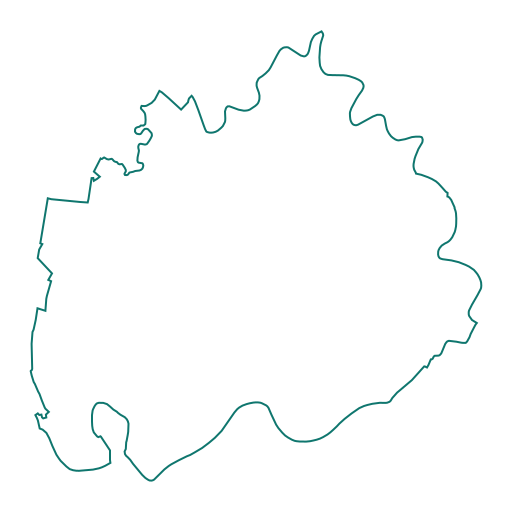 outline of Ninh Giang, Hải Dương, Vietnam
{"feature_id": "81297802B74485828948407", "entity_name": "Ninh Giang", "entity_type": "district", "adm_level": 2, "iso_a3": "VNM", "parent_name": "Vietnam", "parent_adm1": "Hải Dương", "projection": "natural_earth1", "projection_center": [106.333, 20.753], "detail": "fine", "context": "isolated", "style": "outline", "palette": "teal", "viewbox_px": 512, "rotation_deg": 0, "n_neighbors": 0, "source": "geoboundaries", "source_scale": "gbopen_adm2", "svg_char_len": 5983}
<svg xmlns="http://www.w3.org/2000/svg" viewBox="0 0 512 512"><path d="M106.9,159.1L104.2,157.5L103.6,157.7L102.1,158.9L101.4,159.0L100.6,158.5L93.9,171.6L99.8,176.7L97.2,178.8L93.9,180.8L93.3,178.0L91.6,178.1L88.5,199.0L87.7,202.5L80.3,202.0L51.3,199.2L47.8,198.3L40.3,243.3L42.3,244.1L39.2,249.5L37.7,258.1L52.0,273.4L48.3,279.9L51.1,281.2L46.9,295.9L46.3,298.8L45.4,310.8L37.5,308.3L35.7,320.0L33.6,329.6L32.5,332.0L31.6,343.8L32.2,368.9L31.7,370.2L30.8,370.8L30.7,371.2L31.7,375.5L33.7,382.0L34.9,384.0L38.1,391.5L39.5,394.0L41.9,400.6L44.7,407.5L45.4,408.7L48.8,411.9L45.9,414.6L46.3,417.5L43.2,418.4L42.0,417.3L41.4,414.6L39.3,415.0L37.8,413.4L35.4,415.1L36.9,418.0L37.9,420.5L39.7,428.5L42.6,429.6L46.4,432.9L49.3,438.3L52.4,446.0L56.4,454.7L59.0,458.6L60.7,460.9L66.4,466.5L69.7,469.1L73.0,470.2L76.1,470.7L79.0,470.8L93.0,469.6L99.0,468.3L101.9,467.3L105.2,465.8L110.4,462.9L110.0,460.0L110.0,450.4L101.0,436.8L100.5,436.3L98.3,437.1L97.1,436.4L93.8,432.4L92.7,429.2L92.2,425.8L92.0,421.5L92.0,415.1L92.6,410.6L93.0,409.4L94.5,406.3L95.8,404.4L97.1,403.3L98.9,402.8L103.3,402.9L107.0,404.1L110.1,406.6L113.4,409.6L116.8,411.7L118.0,412.9L120.4,414.7L124.8,417.2L126.8,419.3L127.9,421.4L128.5,423.7L128.3,429.0L128.2,431.9L127.7,435.1L126.6,441.0L126.2,442.2L125.8,449.0L124.6,451.5L125.0,454.1L126.1,455.8L127.7,457.2L130.2,459.8L133.0,463.8L142.2,474.9L145.2,477.8L146.6,478.8L148.5,480.0L149.7,480.5L151.6,480.6L152.8,480.3L154.1,479.6L164.4,469.4L168.7,466.0L171.3,464.3L178.9,460.2L186.8,456.3L190.1,455.0L194.7,452.4L202.1,448.0L209.1,442.7L214.9,437.8L221.6,430.9L234.4,412.5L237.2,409.2L239.1,407.6L242.5,405.6L246.6,404.1L249.6,403.3L253.3,402.6L255.5,402.4L257.9,402.4L260.3,402.7L261.8,403.2L266.2,405.4L267.4,406.4L268.5,407.9L271.4,414.6L276.1,424.6L278.4,428.1L282.2,432.6L285.1,435.5L288.0,437.5L291.9,439.7L294.6,440.8L296.5,441.2L299.5,441.5L306.1,441.6L310.1,441.2L313.4,440.5L316.7,439.7L320.0,438.6L323.1,437.1L327.5,434.5L330.4,432.3L333.2,429.8L336.8,426.4L339.4,423.6L344.6,418.9L351.5,413.5L359.3,408.1L364.0,406.0L367.3,405.0L372.3,403.8L379.8,402.8L385.6,402.9L387.2,402.7L389.5,401.8L390.6,400.8L392.4,397.9L397.1,392.6L411.8,380.2L424.2,366.4L424.8,366.4L427.0,367.5L428.4,365.1L430.8,359.4L431.6,359.4L432.7,358.7L433.5,357.0L434.1,356.2L434.6,355.8L438.6,355.6L439.6,355.2L440.1,354.7L441.2,353.5L442.0,351.7L445.2,344.0L446.3,342.4L447.3,341.4L448.6,340.9L449.6,340.9L456.3,341.7L461.3,342.7L463.3,342.9L465.7,342.9L467.1,341.5L469.5,337.2L470.7,333.9L474.1,327.3L475.5,324.7L476.8,323.0L472.0,320.0L469.3,316.2L468.8,314.8L468.7,312.8L468.8,311.5L469.1,310.4L472.0,304.6L477.5,295.1L480.7,289.0L481.1,287.8L481.3,285.7L481.1,282.4L480.4,280.0L479.3,277.4L477.6,274.4L476.3,272.7L473.9,269.9L469.1,266.6L465.6,264.9L458.8,262.2L451.4,260.4L442.6,259.2L440.9,258.7L439.8,258.2L439.1,257.4L438.5,256.3L438.1,254.5L438.2,251.6L438.6,250.1L439.7,248.0L441.7,245.6L444.7,243.6L447.5,242.2L448.9,241.2L450.4,239.7L452.2,237.3L454.7,232.1L455.3,230.0L456.0,226.5L456.2,223.7L456.3,218.4L456.0,213.3L455.6,211.3L454.5,208.0L454.6,207.4L451.2,199.9L449.4,197.6L448.5,196.9L447.4,196.5L447.6,192.9L445.8,191.7L441.0,186.3L438.4,183.5L436.0,181.4L431.9,179.0L427.9,177.2L421.3,174.8L416.0,173.6L415.8,172.7L414.2,169.7L413.7,167.7L413.5,166.0L413.6,163.9L414.6,158.8L415.5,156.1L418.4,149.0L422.2,142.6L422.5,141.5L422.7,139.6L422.0,137.5L421.3,137.0L419.8,136.7L415.5,136.7L411.9,137.1L405.1,139.2L398.6,140.4L397.2,140.2L395.4,139.5L392.7,137.7L391.0,136.2L389.0,133.5L387.8,131.3L386.9,129.3L386.1,125.9L384.9,119.2L384.3,117.5L383.7,116.4L382.5,115.6L380.6,114.8L377.2,114.8L372.9,116.5L358.0,124.7L356.4,125.2L355.3,125.2L354.0,124.9L352.8,124.2L351.6,122.7L350.7,120.7L350.3,119.2L350.0,116.3L349.9,113.2L350.1,111.9L351.4,108.2L356.3,99.0L358.7,95.2L362.0,90.6L363.3,87.9L363.6,86.2L363.5,85.1L362.2,82.4L360.8,81.1L358.7,79.8L355.2,78.2L349.3,76.2L346.4,75.6L343.5,75.3L332.1,75.1L327.9,74.9L325.4,73.9L323.5,72.2L321.4,69.1L320.1,65.9L319.7,62.7L319.4,57.4L320.1,47.2L320.6,44.1L321.3,41.4L323.2,35.5L323.1,34.4L322.8,33.4L321.5,31.4L315.7,34.4L314.1,35.8L312.4,38.6L310.9,42.0L309.0,50.7L308.2,52.9L307.4,54.4L305.6,56.0L304.7,56.3L303.6,56.3L300.7,55.5L288.4,47.5L286.9,47.2L284.4,47.4L283.1,47.8L280.8,49.4L279.4,51.0L276.9,55.4L270.6,67.4L268.8,70.2L265.6,73.4L262.4,76.0L259.3,78.0L258.4,79.0L257.5,80.8L256.7,82.7L256.6,84.3L256.6,85.8L257.1,87.8L258.9,92.7L259.5,95.7L259.4,99.2L258.9,101.1L258.1,103.0L257.1,104.3L255.2,106.0L249.8,109.6L247.9,110.3L245.9,110.6L243.9,110.7L238.6,109.7L229.4,106.3L227.6,106.4L226.5,107.4L225.9,108.4L225.0,111.4L225.3,118.3L225.2,120.8L224.9,122.1L222.9,126.0L221.3,127.7L217.9,130.6L215.6,131.8L213.1,132.5L211.1,132.7L209.3,132.6L207.1,132.0L206.3,131.5L205.1,129.1L203.6,125.1L198.4,110.3L195.0,101.4L192.7,97.1L191.6,95.8L189.0,98.5L188.4,100.3L188.0,102.3L181.1,109.6L168.7,98.2L161.8,92.3L159.4,90.9L154.8,99.6L151.6,102.9L147.2,105.4L146.0,105.9L144.4,106.1L141.6,105.9L141.0,107.3L140.9,108.1L141.1,108.8L143.2,111.0L144.5,112.7L145.1,114.2L145.4,116.4L145.6,119.9L145.4,123.1L145.2,124.2L143.6,125.5L140.8,125.5L139.5,126.7L137.4,127.2L136.5,127.6L135.7,128.2L135.1,129.3L135.0,131.7L136.0,133.1L137.0,133.8L139.2,134.2L140.5,134.0L141.3,133.2L142.9,130.8L144.5,129.1L145.0,128.9L146.7,128.8L147.8,129.1L148.9,130.2L151.5,133.1L151.8,134.2L151.9,135.8L151.0,137.8L149.4,140.6L147.2,143.7L146.6,144.2L145.0,144.6L141.5,143.9L140.2,143.8L139.5,144.1L138.9,144.7L138.3,146.3L138.3,147.9L138.9,150.4L138.8,151.7L137.6,157.3L137.4,160.6L137.9,162.1L138.5,162.6L142.4,163.3L143.0,164.2L143.3,165.6L143.0,167.1L142.4,168.6L141.1,169.8L139.5,170.5L135.2,171.0L133.1,171.8L129.7,172.5L129.3,172.7L128.5,173.9L127.8,174.7L126.8,175.1L125.0,175.0L124.6,174.4L124.5,173.7L125.8,171.3L125.8,170.0L124.8,167.9L122.6,164.6L121.9,164.0L119.6,164.3L118.4,163.9L116.9,162.1L115.3,161.8L114.0,161.1L112.4,159.3L111.8,158.9L111.2,158.9L108.6,159.5L106.9,159.1Z" fill="none" stroke="#0f766e" stroke-width="2"/></svg>